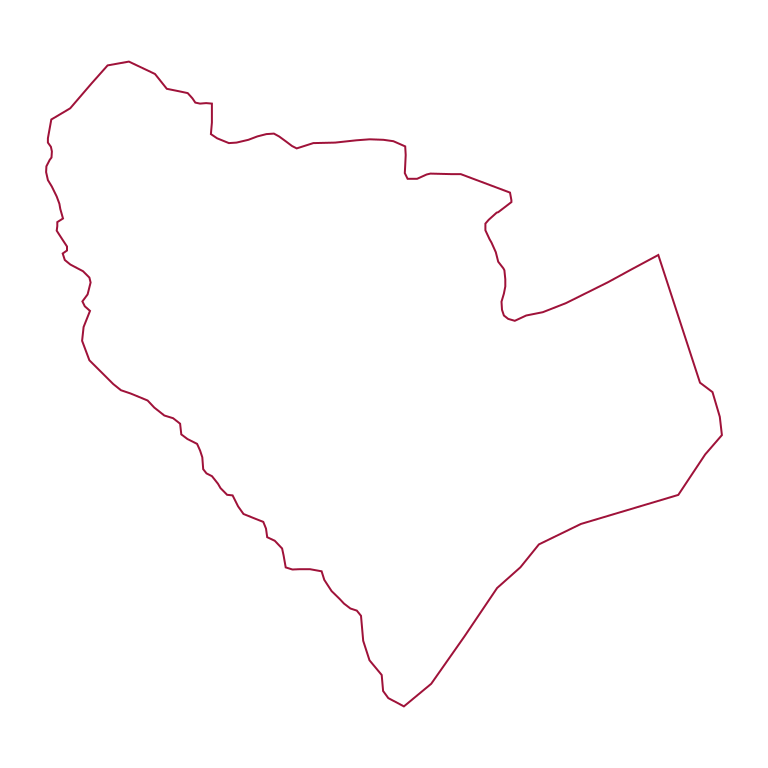 Bogangolo, Ombella-M'Poko, Central African Republic (Albers equal-area conic projection)
{"feature_id": "33826404B36599130273361", "entity_name": "Bogangolo", "entity_type": "district", "adm_level": 2, "iso_a3": "CAF", "parent_name": "Central African Republic", "parent_adm1": "Ombella-M'Poko", "projection": "albers", "projection_center": [18.123, 5.472], "detail": "fine", "context": "isolated", "style": "outline", "palette": "rose", "viewbox_px": 768, "rotation_deg": 0, "n_neighbors": 0, "source": "geoboundaries", "source_scale": "gbopen_adm2", "svg_char_len": 2062}
<svg xmlns="http://www.w3.org/2000/svg" viewBox="0 0 768 768"><path d="M658.3,255.0L630.9,269.7L608.2,282.1L566.0,303.1L542.8,312.2L526.2,315.5L514.8,320.8L508.2,318.9L503.9,315.5L502.0,309.8L501.5,301.7L503.9,293.6L505.3,286.5L505.3,279.3L504.4,270.3L503.4,268.4L498.2,261.7L495.8,252.2L491.5,242.6L489.6,239.3L485.4,230.3L485.4,223.6L488.7,219.8L496.7,212.6L498.2,212.2L511.4,202.1L511.4,200.2L510.0,192.6L460.7,174.1L450.3,174.1L430.4,173.6L426.6,174.5L417.1,178.8L407.6,178.8L404.8,173.1L405.2,165.5L405.7,155.0L405.2,146.4L393.4,141.2L383.4,139.8L369.7,139.3L356.4,140.3L335.1,142.6L313.3,143.1L296.7,148.4L292.0,146.0L286.3,141.7L279.2,136.5L273.9,133.6L266.4,134.1L257.4,136.4L248.4,139.8L236.5,142.6L228.9,143.1L217.1,138.3L210.9,134.1L211.9,122.6L211.9,103.6L206.2,103.1L200.0,103.6L195.3,102.6L192.4,98.3L187.7,93.1L178.7,91.2L166.8,88.8L155.0,74.0L128.9,61.6L107.6,65.4L91.5,83.5L70.2,108.3L51.3,119.5L47.9,138.3L47.9,142.6L50.9,146.8L51.9,151.4L51.5,157.5L49.7,159.9L46.4,166.3L46.1,172.1L47.9,180.1L51.8,186.5L56.7,196.5L59.4,203.8L60.3,209.0L63.0,218.5L57.3,222.1L57.3,226.1L56.7,230.7L62.4,239.5L67.0,246.5L67.0,250.5L62.7,253.5L64.8,260.0L70.3,264.5L76.7,267.9L83.0,271.2L89.4,277.6L90.6,282.5L87.6,294.4L82.4,301.4L84.8,306.3L90.0,310.9L83.6,327.0L82.1,340.8L89.4,360.3L113.3,384.1L120.9,390.2L130.6,393.5L147.6,400.5L154.3,407.6L164.3,415.5L173.1,418.2L180.1,423.7L181.3,434.4L187.4,439.0L197.1,443.9L200.1,450.6L202.3,457.3L203.2,469.2L206.5,473.4L212.0,476.2L218.0,483.8L220.5,488.1L227.1,494.8L232.6,495.4L238.1,506.4L243.5,514.0L255.7,518.9L263.3,521.9L266.0,528.6L267.2,537.2L274.8,540.8L282.1,548.5L283.6,555.5L285.7,567.4L292.4,569.5L299.4,569.2L310.0,569.2L321.6,571.3L324.3,579.9L331.6,591.1L339.5,598.8L344.0,603.6L350.4,608.5L356.8,610.6L361.0,615.8L363.2,640.8L369.5,660.3L381.7,675.0L383.1,691.0L388.3,698.1L403.9,706.4L431.2,683.8L464.6,636.2L497.1,588.0L520.4,567.3L538.9,544.4L580.8,524.0L678.3,494.9L705.2,454.4L721.9,435.1L719.8,416.8L712.5,392.1L700.0,382.7L658.3,255.0Z" fill="none" stroke="#9f1239" stroke-width="2"/></svg>